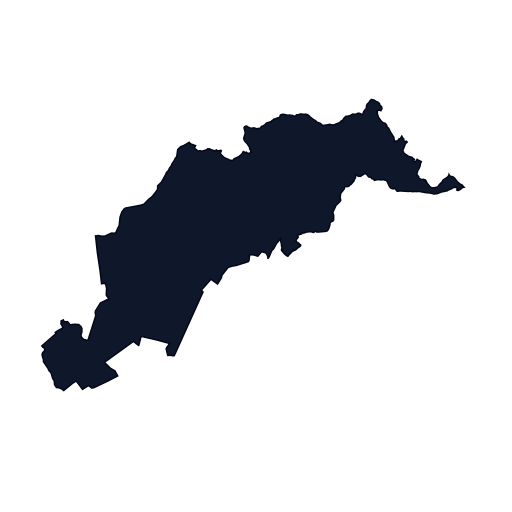 Dalnic, Covasna, Romania, rotated 106°
{"feature_id": "2599482B83392942067718", "entity_name": "Dalnic", "entity_type": "district", "adm_level": 2, "iso_a3": "ROU", "parent_name": "Romania", "parent_adm1": "Covasna", "projection": "mercator", "projection_center": [25.968, 45.934], "detail": "fine", "context": "isolated", "style": "filled", "palette": "ink", "viewbox_px": 512, "rotation_deg": 106, "n_neighbors": 0, "source": "geoboundaries", "source_scale": "gbopen_adm2", "svg_char_len": 6096}
<svg xmlns="http://www.w3.org/2000/svg" viewBox="0 0 512 512"><g transform="rotate(106 256 256)"><path d="M401.5,437.1L402.5,435.7L402.7,434.6L403.5,433.5L405.5,433.2L407.6,434.4L409.7,434.5L412.4,433.1L413.3,432.2L416.3,431.1L421.6,424.7L423.2,423.6L423.8,422.3L425.3,420.5L429.9,417.6L431.0,416.2L432.2,415.3L435.2,414.2L437.4,411.6L437.0,409.0L437.3,406.1L438.4,403.8L428.9,397.2L425.7,394.4L432.0,386.0L426.7,381.3L428.2,377.4L427.1,375.3L416.9,363.8L409.4,355.9L405.3,359.9L404.0,365.0L400.0,372.4L371.9,350.3L374.4,344.2L374.2,344.0L364.9,344.3L364.1,329.0L363.9,314.9L368.6,316.6L370.0,316.8L375.9,313.4L375.0,310.8L374.8,308.2L374.3,307.1L305.2,297.0L303.9,299.1L290.8,292.9L293.5,285.2L286.4,283.2L284.0,283.5L274.6,279.6L272.3,276.1L270.6,272.5L263.6,261.9L262.2,261.5L257.6,262.3L256.4,262.1L255.6,258.3L255.7,254.2L250.3,251.8L250.3,247.5L251.7,245.7L254.0,244.1L255.4,243.9L253.1,243.1L247.2,242.4L245.6,241.9L244.2,241.0L238.6,239.8L232.6,237.2L234.1,236.8L237.7,234.8L239.5,234.2L240.8,233.2L242.6,233.3L243.6,233.0L245.9,229.6L247.1,227.2L247.5,225.5L247.4,225.2L245.8,224.6L241.5,222.3L239.2,219.6L236.0,217.6L235.1,216.6L233.8,215.9L233.0,216.2L232.8,217.3L231.8,218.5L231.4,220.6L230.4,221.7L229.3,221.8L226.2,220.6L224.4,221.9L224.2,221.3L222.2,218.2L221.5,218.2L221.2,217.8L220.8,216.4L218.8,213.5L217.7,210.5L217.5,209.0L217.6,207.3L215.8,205.5L215.8,205.0L216.2,204.1L215.9,202.9L213.2,196.0L212.2,194.4L209.7,193.6L206.4,193.5L203.8,193.9L202.8,193.5L201.2,191.7L199.9,191.3L195.0,192.7L193.0,194.2L185.2,193.0L180.8,190.4L179.0,189.9L176.9,191.1L172.6,191.9L167.6,189.8L166.2,189.6L164.6,189.8L164.4,189.2L164.4,187.9L163.5,186.1L161.4,185.0L161.0,184.4L156.9,182.5L156.0,182.6L152.8,181.9L150.7,182.7L150.3,181.9L151.2,179.7L150.6,177.5L147.2,174.5L146.5,173.5L147.7,171.1L148.8,169.8L149.0,169.0L148.7,168.3L148.8,167.0L149.7,166.0L149.8,163.8L150.7,163.1L149.1,160.3L148.2,156.1L147.6,155.2L147.5,151.8L148.1,150.6L152.6,146.7L153.4,145.6L153.7,144.7L153.7,142.9L153.0,141.0L153.3,140.2L154.7,138.6L154.8,137.8L153.7,135.3L152.0,127.5L151.3,125.5L150.9,122.8L150.3,121.5L149.8,119.2L149.0,117.2L148.3,110.1L147.4,105.6L147.4,102.2L146.2,99.1L143.4,95.4L140.6,90.1L139.7,89.4L137.1,86.1L136.6,86.3L136.3,86.0L135.0,83.2L135.0,82.7L135.6,80.9L137.3,81.2L137.4,80.9L137.3,79.8L137.0,79.2L135.0,77.4L133.2,76.4L132.6,74.9L130.9,77.5L130.6,79.6L129.2,82.8L126.5,86.4L125.9,87.6L125.5,89.1L125.8,90.4L125.7,91.6L124.5,92.9L125.2,92.8L127.4,93.7L131.4,97.1L133.5,97.6L136.7,99.4L139.2,100.3L139.8,100.7L141.4,103.8L141.9,105.6L141.6,107.7L139.7,110.2L139.1,111.6L138.0,112.1L137.7,113.0L137.2,113.0L136.8,113.4L136.9,113.8L136.2,114.1L136.2,114.7L136.5,115.5L136.1,115.8L136.1,116.3L136.9,117.7L136.5,119.9L136.6,120.6L135.0,121.4L133.2,123.9L132.8,124.1L129.4,124.0L126.0,123.2L123.7,123.1L122.1,123.4L119.7,123.1L118.9,127.5L118.7,127.8L121.1,128.6L121.8,129.6L121.8,130.3L120.2,131.6L120.0,130.4L119.7,130.3L119.1,131.1L119.0,132.0L118.2,132.9L118.1,137.0L116.3,142.2L115.3,142.9L114.9,143.7L113.9,143.9L106.8,143.3L104.9,142.1L104.3,142.7L104.2,143.1L105.1,144.5L104.2,145.7L102.8,146.2L102.1,147.5L100.6,148.9L102.8,149.5L103.5,149.9L104.3,151.0L106.1,151.5L106.5,151.9L106.9,153.2L107.7,154.4L103.8,156.3L99.7,161.0L96.5,163.8L95.7,166.0L95.0,165.9L93.7,167.1L92.9,168.2L92.8,170.3L92.1,172.3L90.0,175.1L88.3,177.0L87.0,177.6L86.3,178.9L85.1,178.6L83.7,179.4L82.7,179.1L81.5,177.1L81.9,176.7L81.9,176.0L79.7,175.5L77.6,176.6L77.2,178.1L75.5,179.3L74.6,180.8L74.3,183.2L73.6,185.4L73.6,188.0L75.1,189.1L77.7,189.9L79.1,190.9L80.8,191.2L84.1,190.7L85.0,191.4L87.5,192.3L90.3,192.4L91.0,193.3L90.6,194.0L90.3,196.1L90.6,197.3L92.0,198.8L92.5,199.9L92.9,202.2L94.9,204.0L96.3,206.3L97.0,208.2L100.1,209.8L101.1,209.8L103.5,211.9L104.5,212.1L108.6,217.5L109.1,219.3L109.1,221.6L110.3,223.6L112.1,227.8L111.5,229.5L110.8,230.3L110.5,234.3L109.5,236.2L108.8,238.9L107.6,241.8L107.6,242.3L106.7,243.2L106.5,245.0L105.8,245.2L106.1,245.9L105.9,246.6L106.0,247.4L106.6,248.9L107.2,252.5L108.7,254.4L109.1,256.0L110.5,256.6L111.2,257.6L111.0,257.8L110.8,260.3L111.3,261.2L111.1,262.2L111.9,264.2L112.2,268.8L113.0,270.5L113.7,271.4L116.6,271.6L116.9,272.7L118.2,274.6L119.3,275.3L119.1,275.9L119.7,276.8L120.3,276.9L121.3,277.9L122.9,278.7L123.4,279.8L124.0,279.9L124.1,280.9L125.4,282.7L127.6,283.8L129.3,285.4L129.8,286.4L131.3,286.9L132.8,288.1L132.7,289.2L133.4,289.8L133.5,291.3L133.3,292.7L133.5,293.6L134.6,296.0L134.3,298.9L133.7,300.7L133.8,301.4L134.8,302.6L136.0,302.9L140.7,300.2L146.1,300.3L147.4,299.7L148.7,298.5L150.3,295.7L152.9,292.6L154.1,291.7L154.7,291.7L156.0,290.1L156.9,290.0L157.8,289.1L158.6,290.1L159.7,292.2L158.8,293.9L159.6,294.9L159.0,296.8L159.1,297.0L161.8,297.7L165.2,299.9L168.5,303.8L170.5,304.6L171.2,307.8L170.8,308.5L170.3,312.8L169.7,314.6L167.7,318.2L166.0,318.6L164.5,318.3L164.1,318.9L165.5,321.7L165.0,323.4L166.2,323.5L166.2,328.1L165.8,330.3L166.1,330.9L166.2,332.0L167.5,332.7L169.9,336.4L170.3,337.6L170.1,338.8L171.3,341.3L170.8,341.6L170.2,342.6L169.5,344.6L168.0,344.9L166.6,344.5L166.2,349.8L165.1,351.5L169.9,356.1L171.7,358.6L175.2,360.6L182.4,359.6L184.2,360.5L186.8,360.9L190.7,362.2L192.5,362.3L195.7,363.5L197.5,363.6L200.7,365.2L202.0,365.2L210.9,367.2L215.7,369.9L218.2,369.2L219.7,369.1L227.3,372.1L231.2,374.9L237.1,378.0L239.2,381.3L245.9,394.7L246.9,395.6L250.6,397.1L256.1,397.4L264.5,395.9L267.6,396.6L271.3,397.0L273.0,397.8L273.8,401.3L278.6,406.8L279.5,409.9L279.8,413.6L280.4,414.3L280.9,415.8L296.8,409.3L313.2,401.8L325.3,396.8L323.9,393.9L325.2,392.4L328.3,390.7L334.7,389.2L335.6,388.4L337.6,385.5L344.0,392.6L353.1,395.2L354.6,395.0L357.5,393.6L382.8,394.3L383.8,395.1L383.5,396.8L383.7,398.6L382.3,401.1L380.5,402.5L377.1,402.4L373.6,403.4L371.8,405.1L371.5,406.2L370.7,407.5L371.6,410.9L371.4,411.0L372.0,412.2L372.4,413.8L373.3,415.0L373.3,415.7L371.1,419.0L372.0,422.3L370.5,423.6L372.1,425.3L372.3,425.1L372.5,425.4L373.5,424.3L374.4,425.1L375.1,424.7L377.7,422.0L378.6,422.3L379.6,423.0L381.7,425.4L384.8,427.9L385.7,426.9L401.5,437.1Z" fill="#0f172a" stroke="#020617" stroke-width="1.5"/></g></svg>